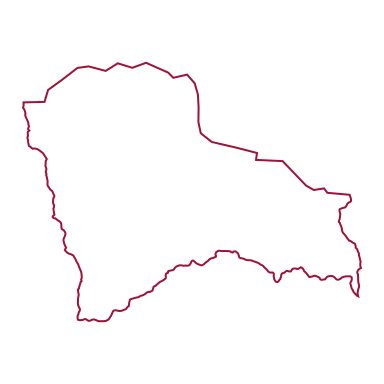 the district of Meghri, Syunik, Armenia
{"feature_id": "60910142B6096064570676", "entity_name": "Meghri", "entity_type": "district", "adm_level": 2, "iso_a3": "ARM", "parent_name": "Armenia", "parent_adm1": "Syunik", "projection": "mercator", "projection_center": [46.294, 38.98], "detail": "fine", "context": "isolated", "style": "outline", "palette": "rose", "viewbox_px": 384, "rotation_deg": 0, "n_neighbors": 0, "source": "geoboundaries", "source_scale": "gbopen_adm2", "svg_char_len": 5942}
<svg xmlns="http://www.w3.org/2000/svg" viewBox="0 0 384 384"><path d="M349.6,194.8L327.4,192.8L324.0,188.4L313.8,190.0L306.1,185.6L282.6,161.1L256.0,159.9L257.0,153.0L235.7,147.5L211.8,142.0L200.8,133.3L198.4,122.1L198.6,107.4L197.9,94.5L194.7,83.3L187.1,74.6L173.3,77.8L168.2,72.6L146.1,62.8L132.3,67.8L117.8,63.3L105.7,70.9L88.6,66.4L77.5,67.9L61.0,80.6L48.1,89.9L44.5,101.9L23.5,102.4L23.6,104.0L23.6,105.0L23.5,106.4L23.0,107.7L24.4,109.7L24.8,110.9L25.2,112.3L25.5,113.8L25.2,114.6L25.4,115.9L25.8,117.2L26.2,117.9L26.8,119.3L27.4,120.4L28.4,123.0L28.4,124.8L29.0,126.3L28.1,128.7L28.5,129.9L29.3,130.5L28.0,131.7L27.7,133.0L28.0,135.8L27.4,137.6L28.1,140.6L28.2,142.6L28.9,145.9L30.5,146.9L31.7,148.1L32.7,148.7L33.7,148.5L35.4,148.6L37.4,149.1L40.4,151.1L43.0,153.2L45.8,157.5L46.7,158.9L46.7,159.4L45.8,160.7L45.6,162.9L45.6,164.4L45.4,165.7L45.8,167.1L46.3,168.5L46.4,169.6L45.9,170.8L45.8,172.4L46.5,174.1L46.2,175.3L46.7,176.6L47.0,178.4L47.5,180.2L47.6,182.0L47.5,183.5L47.5,184.8L47.8,186.0L48.6,187.0L50.3,189.6L52.1,191.0L52.6,191.9L53.3,193.6L54.3,195.5L54.3,196.6L53.4,198.0L53.0,201.6L53.2,203.3L53.5,204.2L54.2,205.2L54.0,206.9L53.4,208.8L53.6,210.4L54.4,214.8L53.3,215.7L52.7,216.4L52.8,217.4L53.5,217.9L54.2,218.3L55.1,218.3L55.8,218.7L56.8,219.5L57.8,220.4L58.8,220.9L59.9,221.6L60.8,222.6L61.1,223.5L61.4,225.0L61.4,227.1L61.7,228.9L62.8,229.6L64.2,230.8L65.3,232.5L65.4,233.6L65.3,234.9L64.6,236.8L63.7,238.6L63.5,240.3L63.8,242.0L64.2,243.5L65.5,246.6L66.1,247.6L64.8,250.0L65.3,250.6L65.8,251.3L66.9,252.4L68.0,253.2L69.1,253.7L70.8,254.2L72.2,254.9L73.3,255.5L73.9,256.6L74.4,257.6L75.1,258.5L75.6,259.4L76.0,260.5L76.4,261.2L76.9,262.3L77.7,263.4L78.4,264.8L78.8,266.3L79.3,267.4L81.1,271.8L81.4,273.0L81.7,275.7L81.7,278.2L81.2,279.3L81.2,280.0L81.6,281.1L80.9,281.8L80.5,282.2L80.3,283.4L80.0,284.3L79.2,286.8L79.0,288.3L78.6,288.9L77.9,289.5L78.1,291.6L78.4,292.8L78.7,294.7L78.4,296.6L77.9,299.0L78.0,301.2L77.8,303.0L78.1,305.2L79.9,309.0L79.8,310.6L78.8,312.3L78.4,314.1L77.6,315.9L77.6,317.8L77.9,319.7L79.6,320.2L81.3,320.1L82.9,319.9L84.3,319.2L85.0,319.1L86.1,319.3L87.3,320.2L88.6,320.8L89.7,320.8L91.0,320.3L92.2,319.7L93.2,319.4L94.5,319.6L95.9,320.0L96.9,320.5L98.4,321.2L103.3,321.2L105.3,321.0L106.7,320.6L108.7,319.3L110.9,316.0L112.0,313.7L112.9,311.4L114.0,310.5L115.4,310.3L116.4,310.3L118.0,310.8L120.0,311.0L121.3,310.8L122.2,310.6L124.1,309.7L125.6,309.3L126.5,308.5L127.0,307.6L127.8,306.7L128.7,306.3L128.8,305.7L129.0,304.7L129.1,303.2L129.4,302.1L129.6,300.9L130.0,299.6L130.9,299.1L136.5,297.5L138.2,297.3L139.8,296.3L141.3,295.6L142.7,295.4L145.5,293.8L146.7,292.6L148.0,292.0L149.4,291.9L150.5,291.7L152.5,290.6L152.7,289.6L153.3,288.1L153.5,286.9L154.3,286.3L155.8,285.7L156.7,284.7L158.5,283.1L159.7,282.1L162.0,280.9L163.4,280.2L164.7,279.1L165.6,278.4L165.9,277.4L165.8,276.8L165.6,275.2L166.0,273.9L166.6,273.3L168.0,272.7L168.0,271.7L168.5,271.0L171.2,270.4L172.7,270.2L173.8,269.6L174.5,268.4L175.3,267.4L176.4,266.5L177.6,266.1L179.1,265.4L180.6,265.3L182.0,265.4L182.9,265.6L183.7,265.8L185.6,265.5L186.8,265.7L188.2,265.6L189.3,265.2L189.9,264.5L190.5,263.7L191.0,262.5L191.3,261.6L192.0,260.8L192.8,260.5L193.9,261.0L195.2,262.2L196.1,263.2L198.4,264.3L199.5,264.7L200.9,265.3L201.8,265.3L202.9,264.8L204.0,264.1L205.2,263.1L206.0,262.3L206.9,261.7L208.2,260.7L209.2,259.5L209.9,259.0L211.2,258.4L213.0,258.0L214.0,257.6L215.6,256.8L215.9,256.7L216.0,256.0L215.9,255.6L215.5,254.7L215.5,254.2L215.7,253.3L216.1,252.4L216.7,251.8L218.0,251.0L218.8,250.7L220.0,250.8L221.0,251.0L222.0,251.1L224.7,251.0L228.3,251.1L229.9,251.3L230.5,251.5L231.2,252.2L232.2,252.5L232.8,252.5L233.4,251.7L234.4,251.4L235.2,251.4L236.2,251.8L237.5,252.9L238.2,253.9L238.8,255.5L239.2,257.1L239.5,257.6L240.6,258.2L241.7,258.2L242.9,258.6L243.8,258.7L245.0,259.5L246.8,260.0L247.8,260.2L250.0,260.2L252.4,260.7L253.7,261.3L257.7,262.7L259.3,263.6L260.2,264.4L261.6,265.0L263.3,266.1L264.3,267.3L265.6,268.5L267.3,270.2L268.0,271.3L269.2,272.2L270.2,272.6L271.7,272.5L272.6,272.5L273.3,272.9L273.9,274.0L273.7,275.1L273.7,276.2L274.3,279.3L275.0,280.7L276.1,281.8L277.3,282.1L278.5,281.4L278.8,280.7L279.5,279.8L280.3,279.1L280.4,278.3L281.0,277.0L281.2,276.0L281.2,274.8L281.7,273.8L282.7,273.1L284.7,272.6L285.3,271.7L286.8,270.9L287.7,271.0L288.5,271.3L289.6,271.5L290.8,271.4L291.2,270.7L291.8,269.9L292.4,269.0L293.3,268.6L295.2,268.5L296.5,268.7L297.4,269.1L298.1,269.0L299.9,267.8L300.8,267.3L301.6,267.5L302.2,268.1L303.0,268.7L303.7,270.0L304.3,271.4L305.4,272.2L306.5,273.3L307.3,274.5L308.5,276.0L308.9,276.7L309.9,277.1L310.8,276.7L312.0,276.6L314.3,275.7L315.8,275.9L317.0,276.5L318.5,277.1L319.6,277.9L320.4,279.5L321.4,279.8L322.5,279.8L323.4,279.5L324.4,279.4L325.2,279.3L325.9,278.3L326.9,277.0L327.7,276.5L329.1,276.2L331.0,276.0L332.6,276.1L333.2,276.5L334.2,277.0L336.3,279.2L337.3,279.7L338.6,279.7L340.3,278.9L342.1,277.4L343.8,276.8L345.6,276.4L347.6,276.3L350.1,276.3L351.6,277.2L351.8,278.2L351.7,280.0L351.3,281.1L350.4,282.7L350.4,283.7L350.8,285.1L351.8,288.8L352.6,289.7L353.4,291.7L355.0,293.6L357.0,295.7L358.2,296.3L357.5,293.6L358.2,289.4L358.7,288.1L359.1,286.6L359.1,285.5L358.7,283.8L358.4,282.7L358.2,280.9L358.1,279.4L358.2,277.4L358.0,276.0L358.0,274.4L357.3,273.2L357.3,271.8L358.1,270.1L359.5,268.9L361.0,268.0L360.5,266.8L360.3,265.7L360.3,263.5L360.6,261.5L360.0,259.4L359.6,257.5L359.0,255.3L358.8,253.2L357.8,251.2L357.2,249.2L355.7,247.7L355.6,245.9L355.2,244.1L354.6,243.6L353.1,242.8L352.1,242.2L351.1,241.4L350.1,240.8L349.0,240.6L348.4,239.6L347.4,238.4L346.0,236.3L344.3,234.2L342.9,232.7L342.1,230.7L341.8,228.3L341.0,225.8L340.2,224.2L339.8,222.9L338.8,221.8L339.2,220.3L339.7,218.8L340.0,216.8L340.3,214.0L339.9,212.5L339.5,211.2L339.5,209.9L340.0,209.0L342.1,208.2L345.3,207.3L346.6,205.5L347.4,203.7L348.5,202.7L350.5,201.8L351.0,201.0L351.0,199.6L350.8,198.2L350.1,196.3L349.6,194.8Z" fill="none" stroke="#9f1239" stroke-width="2"/></svg>